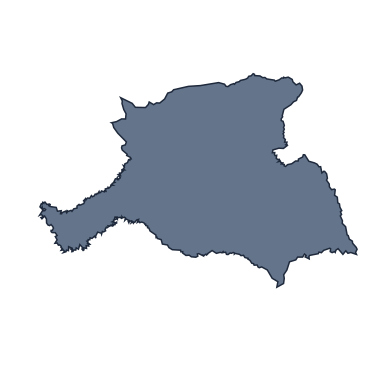 Mwinilunga, North-Western, Zambia, rotated 81°
{"feature_id": "96606910B26185337086625", "entity_name": "Mwinilunga", "entity_type": "district", "adm_level": 2, "iso_a3": "ZMB", "parent_name": "Zambia", "parent_adm1": "North-Western", "projection": "robinson", "projection_center": [24.888, -12.156], "detail": "fine", "context": "isolated", "style": "filled", "palette": "slate", "viewbox_px": 384, "rotation_deg": 81, "n_neighbors": 0, "source": "geoboundaries", "source_scale": "gbopen_adm2", "svg_char_len": 5988}
<svg xmlns="http://www.w3.org/2000/svg" viewBox="0 0 384 384"><g transform="rotate(81 192 192)"><path d="M101.4,68.7L102.5,72.4L99.0,75.1L96.5,75.4L93.6,79.0L93.8,82.1L93.0,83.6L93.8,83.9L93.4,85.6L94.8,88.3L95.6,92.5L94.4,93.1L92.0,100.5L90.3,102.0L90.1,104.3L88.0,106.7L86.8,111.9L85.5,111.9L84.7,113.1L86.5,115.4L86.6,117.9L88.2,119.2L89.0,121.5L89.4,126.7L90.4,128.1L90.7,131.4L92.2,133.2L91.5,133.8L92.0,137.1L93.5,140.0L92.9,141.9L90.6,143.0L88.1,148.6L88.2,167.2L87.1,179.0L88.1,194.1L89.9,196.4L90.5,200.5L95.9,204.5L99.1,210.0L98.4,213.1L99.7,216.2L96.4,220.2L98.7,221.4L101.3,224.7L99.5,234.7L95.1,237.2L87.7,247.7L91.1,246.6L93.7,247.3L99.9,246.5L104.4,244.9L109.5,246.2L108.8,250.1L110.7,255.6L111.0,260.7L111.8,259.7L116.1,259.2L122.3,256.1L132.3,249.0L135.0,250.5L135.5,253.9L137.4,254.7L139.7,254.3L144.6,250.1L145.7,250.8L148.2,247.4L149.8,246.9L149.9,248.4L150.8,248.5L150.2,249.6L152.9,251.1L153.7,253.9L155.8,254.7L155.2,255.6L157.2,254.9L158.3,256.2L159.5,255.2L159.0,257.7L160.4,257.9L160.6,257.0L162.2,259.1L162.0,260.5L164.7,260.0L164.5,260.9L163.9,260.4L163.1,261.1L163.2,262.1L164.1,261.2L165.2,261.8L166.4,260.6L167.1,261.0L167.6,262.6L168.3,262.6L168.2,263.5L166.2,263.6L167.3,264.3L167.0,265.6L169.7,267.5L170.4,266.7L170.9,269.2L172.0,270.2L172.9,269.1L172.6,271.2L173.7,271.3L175.2,273.6L174.2,274.2L175.1,274.7L175.4,277.1L177.7,276.9L177.0,278.1L178.1,278.4L176.8,281.3L178.2,282.3L178.3,283.5L177.0,283.7L178.9,285.2L178.6,286.0L179.5,286.8L178.9,287.9L180.6,289.3L181.1,291.1L179.8,291.9L182.2,294.0L181.6,296.2L183.2,298.0L181.9,298.2L183.6,300.0L183.3,300.9L184.7,299.6L186.5,300.7L187.5,304.8L186.6,305.5L187.9,307.8L189.9,308.1L190.1,311.4L192.3,313.6L191.2,314.3L191.8,317.1L190.8,318.3L191.6,318.7L191.7,317.9L193.0,319.0L191.1,319.8L192.0,323.4L193.1,324.2L192.9,325.3L190.0,324.1L189.9,327.9L186.0,328.5L184.4,333.7L183.6,334.7L182.3,334.1L182.0,335.6L182.6,335.7L182.2,335.9L181.6,335.3L181.5,337.4L179.0,338.7L179.0,339.6L180.0,340.1L178.9,341.1L180.5,341.9L180.1,342.7L182.9,344.5L184.6,343.3L183.5,342.4L186.3,342.4L185.2,340.7L186.3,339.3L187.4,340.3L187.3,342.7L191.1,346.1L190.7,344.8L191.9,343.1L193.4,343.8L193.6,345.2L195.0,344.4L192.7,341.3L195.8,340.0L199.8,340.5L202.1,339.4L202.9,337.9L202.1,336.3L204.2,335.0L206.0,334.5L208.0,335.9L207.9,337.2L209.1,337.4L210.2,336.5L210.8,333.4L213.9,332.0L214.6,334.0L218.1,332.7L221.2,335.4L221.4,333.1L223.6,332.3L223.5,331.1L225.2,329.7L226.4,330.1L227.5,328.9L229.1,330.4L229.1,328.2L230.6,327.2L231.7,328.5L231.3,325.8L229.8,325.1L230.6,323.2L226.7,322.4L228.8,319.1L229.7,319.2L229.5,320.6L230.9,319.5L232.1,320.0L232.1,318.9L230.8,317.9L231.2,315.9L229.1,315.1L230.7,313.1L226.4,311.0L229.8,308.8L231.2,309.6L232.7,308.7L232.2,307.7L230.1,307.9L231.2,305.0L228.5,304.9L229.2,302.5L227.7,302.7L227.7,301.1L226.5,302.1L226.4,303.3L225.2,302.7L224.1,303.5L223.9,302.2L222.8,302.0L223.2,300.4L221.3,299.8L222.2,298.0L220.4,295.2L222.5,294.2L220.5,294.1L216.9,291.5L218.5,288.0L219.5,287.9L217.0,286.7L217.6,285.6L216.8,283.4L215.2,283.7L213.8,282.2L212.9,282.6L214.0,281.4L213.2,279.8L212.3,280.1L212.9,278.5L212.1,277.7L213.2,276.0L212.9,275.0L211.8,276.0L211.2,275.5L212.1,273.1L211.0,272.7L210.9,271.3L210.0,271.2L210.4,272.5L209.0,275.5L208.4,273.7L207.5,273.8L207.1,271.8L206.5,272.8L204.7,272.0L205.0,270.1L205.7,270.8L207.0,270.0L206.0,269.9L205.8,268.3L205.8,266.6L207.0,265.9L206.8,265.1L205.5,265.0L206.6,264.4L206.3,262.8L207.2,261.8L209.4,262.7L208.3,261.3L210.3,258.8L211.0,259.6L212.5,259.2L210.5,258.1L211.5,256.8L210.7,255.6L212.9,256.8L212.3,255.7L213.4,254.9L212.4,254.7L213.1,253.4L210.9,250.9L210.7,249.1L213.5,250.8L212.9,248.8L214.1,248.4L213.8,246.5L214.8,244.4L216.4,243.6L216.6,242.2L216.9,243.1L217.9,242.9L218.8,241.1L220.3,241.5L221.0,240.2L224.0,239.5L228.8,234.4L231.3,234.6L231.0,233.8L232.5,233.5L234.2,229.9L238.8,229.4L240.5,224.5L243.3,223.5L245.9,220.5L247.7,212.4L249.4,212.3L249.5,210.5L250.8,210.8L253.7,207.9L254.0,204.6L255.9,202.8L257.0,198.4L256.3,196.3L254.0,196.4L253.9,195.0L256.8,190.9L256.1,191.0L256.5,189.9L255.6,188.0L256.5,187.4L255.7,186.4L256.2,186.4L255.3,186.1L253.0,181.3L256.4,177.5L256.0,173.6L256.8,171.8L255.8,170.6L256.7,170.4L256.7,168.2L259.0,167.7L259.4,166.2L258.2,163.9L258.7,162.7L258.2,160.7L258.8,159.7L259.9,159.9L259.4,159.1L261.0,154.8L262.5,153.6L262.6,151.0L265.0,150.0L266.3,147.0L267.0,147.3L268.5,145.5L271.7,144.1L272.4,142.4L274.0,142.1L274.3,139.1L276.6,138.4L277.3,137.4L276.9,134.9L280.8,129.8L289.8,126.3L294.0,121.2L299.3,123.1L296.7,115.9L291.8,114.4L288.1,114.4L283.9,110.5L276.2,106.6L275.3,100.1L272.8,97.9L273.6,92.9L270.9,90.6L272.5,89.2L273.8,90.4L276.4,86.7L273.9,86.6L273.0,85.6L272.7,76.9L271.2,76.0L272.2,73.7L270.2,71.0L269.1,64.7L269.7,64.0L272.5,64.8L273.8,63.1L273.2,60.6L274.1,60.0L272.0,59.0L270.8,56.6L277.2,52.7L274.2,49.3L276.9,47.6L276.6,44.6L279.4,39.3L277.2,39.9L274.4,37.9L272.3,38.5L267.7,41.4L265.6,41.3L263.2,44.0L259.5,44.5L258.6,45.5L250.3,45.7L246.5,48.5L243.9,47.9L238.8,49.3L237.6,47.8L234.7,48.5L233.9,47.0L230.1,48.3L226.8,48.2L225.5,49.7L219.8,49.3L217.6,51.7L212.2,50.2L211.4,50.9L211.5,53.8L208.4,55.5L205.6,55.2L201.3,57.3L199.6,56.1L195.1,56.2L192.5,57.7L192.1,58.5L193.5,60.7L187.1,61.0L187.0,62.6L184.1,64.1L182.4,66.5L179.9,71.8L172.9,74.8L172.6,76.2L174.8,77.3L176.1,81.7L178.0,82.3L177.6,84.9L179.7,89.1L179.9,93.3L181.4,95.6L180.5,96.9L179.3,96.5L178.6,98.2L177.7,97.8L178.1,99.3L177.1,98.8L176.8,99.7L175.3,99.9L175.5,101.9L174.6,100.6L173.4,100.6L173.3,102.2L172.0,103.5L169.0,102.6L169.1,104.2L168.0,104.7L166.0,104.1L165.8,106.5L163.1,105.5L162.3,99.3L163.3,94.9L161.3,91.2L160.2,91.8L160.5,90.6L159.1,91.1L157.6,90.4L157.2,92.7L154.8,91.6L152.6,93.1L150.8,92.4L148.6,92.9L147.7,91.8L146.3,92.3L144.4,91.0L142.5,91.5L140.8,90.4L136.4,91.0L135.4,92.7L133.6,92.4L131.9,90.7L131.0,91.0L124.7,88.3L121.3,80.7L118.8,77.6L117.9,74.5L114.7,72.8L114.7,71.9L111.2,68.5L108.6,66.8L104.6,66.8L101.4,68.7Z" fill="#64748b" stroke="#1e293b" stroke-width="1.5"/></g></svg>